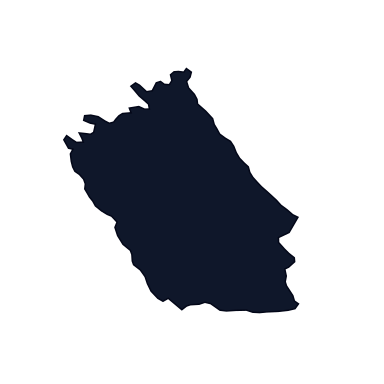 the district of Sabáudia, Paraná, Brazil, rotated 110°
{"feature_id": "56859067B64057014053019", "entity_name": "Sabáudia", "entity_type": "district", "adm_level": 2, "iso_a3": "BRA", "parent_name": "Brazil", "parent_adm1": "Paraná", "projection": "equal_earth", "projection_center": [-51.597, -23.348], "detail": "fine", "context": "isolated", "style": "filled", "palette": "ink", "viewbox_px": 384, "rotation_deg": 110, "n_neighbors": 0, "source": "geoboundaries", "source_scale": "gbopen_adm2", "svg_char_len": 1814}
<svg xmlns="http://www.w3.org/2000/svg" viewBox="0 0 384 384"><g transform="rotate(110 192 192)"><path d="M197.8,319.3L204.5,315.9L209.2,312.7L212.6,309.1L214.0,303.8L217.0,298.2L220.9,295.0L225.8,293.8L228.8,290.1L231.8,286.6L234.5,282.1L238.1,278.0L240.7,270.5L242.0,264.0L242.2,259.3L245.9,252.1L251.6,252.3L258.5,246.9L264.8,238.9L267.9,230.0L271.3,227.1L277.3,224.5L280.3,222.0L282.9,213.9L287.6,207.1L293.3,202.6L299.2,196.5L303.6,187.7L304.6,181.9L300.0,178.0L306.1,161.3L301.0,158.1L298.5,155.0L295.0,146.9L291.2,142.2L290.5,136.3L292.2,130.0L293.5,125.3L292.0,119.0L288.2,110.3L284.4,100.5L284.2,93.9L282.2,87.3L279.1,80.8L274.7,70.2L270.3,61.3L266.4,55.3L260.7,53.7L259.4,58.5L254.9,61.8L247.9,71.1L244.5,73.7L238.7,74.7L232.6,78.5L229.6,75.5L222.4,71.7L218.8,73.4L216.6,80.0L213.9,85.8L209.8,93.4L205.2,95.2L196.8,86.9L179.5,83.8L178.9,89.6L176.2,96.6L174.0,104.0L170.9,109.8L166.0,121.6L163.2,128.8L160.4,134.3L157.4,139.9L153.8,144.4L149.1,147.7L146.9,153.0L144.0,158.9L139.9,163.9L134.8,168.4L131.2,173.2L130.1,179.0L128.1,185.8L124.0,190.4L121.0,194.2L116.0,197.7L111.3,206.9L107.4,216.9L103.2,219.0L99.4,223.2L95.4,230.8L90.0,234.9L84.7,233.1L79.6,233.6L77.9,239.5L82.2,240.7L83.4,246.0L85.2,250.0L89.2,252.3L94.2,249.0L98.9,250.0L100.3,254.8L98.9,259.4L101.6,262.9L110.5,264.0L113.3,269.0L109.6,277.8L108.8,282.4L113.5,285.6L115.7,281.6L119.9,274.3L121.8,269.2L124.3,262.9L128.6,260.4L130.4,264.9L129.9,271.2L134.6,279.6L138.4,276.3L142.0,284.1L145.3,286.7L149.7,288.5L153.1,289.5L155.7,293.2L155.1,298.0L153.3,305.9L154.4,313.4L157.0,319.0L161.7,318.3L162.1,311.2L161.3,305.9L169.6,304.8L172.5,307.2L173.6,312.2L175.1,318.2L179.1,313.9L182.3,311.2L184.9,317.5L183.8,322.3L181.9,329.1L186.8,330.3L193.1,323.0L192.5,318.5L197.8,319.3Z" fill="#0f172a" stroke="#020617" stroke-width="1.5"/></g></svg>